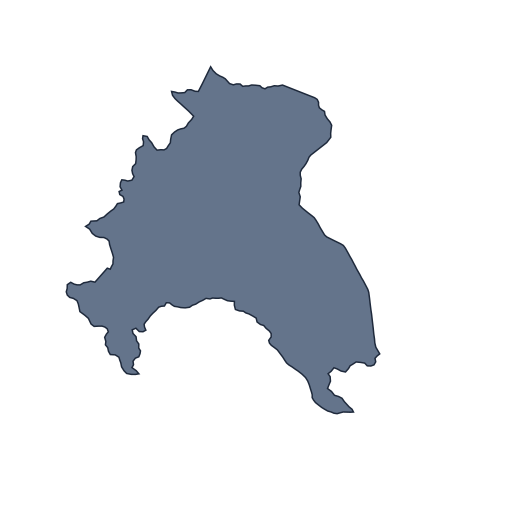 the district of Barrolândia, Tocantins, Brazil, rotated 300°
{"feature_id": "56859067B29038650995578", "entity_name": "Barrolândia", "entity_type": "district", "adm_level": 2, "iso_a3": "BRA", "parent_name": "Brazil", "parent_adm1": "Tocantins", "projection": "mercator", "projection_center": [-48.818, -9.896], "detail": "fine", "context": "isolated", "style": "filled", "palette": "slate", "viewbox_px": 512, "rotation_deg": 300, "n_neighbors": 0, "source": "geoboundaries", "source_scale": "gbopen_adm2", "svg_char_len": 4481}
<svg xmlns="http://www.w3.org/2000/svg" viewBox="0 0 512 512"><g transform="rotate(300 256 256)"><path d="M233.1,412.1L236.9,405.4L240.2,402.3L243.4,400.1L247.2,397.1L252.2,393.5L258.5,388.8L263.5,385.1L266.6,382.6L272.7,378.0L276.1,375.5L280.9,371.8L283.0,369.5L285.6,365.4L288.0,361.6L289.8,358.3L291.7,355.4L294.9,349.9L296.7,347.2L298.8,343.8L300.8,340.7L302.6,337.5L304.3,334.8L307.5,329.4L308.8,326.4L308.9,323.3L308.6,319.1L308.4,316.3L308.1,311.3L307.9,307.7L308.5,304.9L310.3,301.6L312.8,297.1L314.8,294.0L317.0,290.0L318.3,287.2L318.8,284.3L319.4,279.7L320.0,275.9L320.6,272.2L321.9,267.7L329.4,264.7L332.5,261.3L335.5,260.6L338.7,260.0L341.7,258.2L345.4,256.5L348.1,253.9L350.7,252.4L354.2,252.2L357.5,252.8L360.9,253.1L364.8,253.0L368.0,252.5L370.9,253.0L389.5,260.5L396.2,261.4L399.6,259.3L402.8,257.9L407.0,256.2L409.1,253.0L410.5,249.1L412.6,245.3L415.5,243.0L415.5,240.2L416.0,236.8L417.8,234.8L420.4,233.3L422.2,230.7L422.4,227.8L417.3,193.5L414.2,190.1L412.6,186.7L409.9,184.2L408.1,181.7L405.3,180.2L404.7,177.1L405.4,174.2L403.8,170.5L401.9,166.7L399.6,164.6L398.1,162.0L396.3,159.7L397.0,156.2L395.2,153.0L392.9,150.8L392.1,146.9L393.2,143.5L394.1,140.8L394.2,137.9L393.8,134.5L393.9,130.4L395.1,126.0L397.2,122.1L378.1,123.4L369.7,123.8L368.2,120.9L367.5,116.6L365.6,113.5L361.9,112.6L359.8,109.6L358.2,107.0L357.5,104.0L356.3,100.6L353.4,103.4L351.8,107.2L350.9,110.8L350.3,113.8L349.3,118.3L347.9,124.9L345.9,132.1L342.1,132.0L337.4,130.9L333.5,130.9L330.7,129.8L328.6,127.4L326.1,125.2L322.7,123.5L318.7,122.3L314.3,123.8L311.2,125.2L307.8,124.9L304.4,124.8L301.9,123.3L300.5,120.5L298.2,117.4L299.5,113.2L302.0,108.9L303.2,105.2L305.1,102.0L303.7,98.0L300.9,99.1L298.7,101.5L295.2,103.1L291.3,100.8L288.1,99.4L285.3,99.9L282.1,102.6L279.3,104.1L275.8,105.6L271.8,104.5L268.2,105.7L265.6,108.0L263.8,110.7L259.6,110.6L256.8,107.5L256.1,104.6L254.9,101.7L251.6,102.0L248.0,103.7L246.0,107.0L243.4,105.2L241.1,107.3L241.1,111.0L239.3,113.3L236.6,114.4L234.2,112.2L232.1,109.8L229.0,109.7L225.6,109.3L222.4,107.8L217.9,106.1L213.7,104.8L210.4,102.0L206.9,100.6L205.2,98.0L203.6,95.6L200.2,95.6L196.4,93.6L196.1,98.5L193.7,102.9L193.1,107.2L194.0,111.4L196.0,115.1L196.2,118.6L195.4,121.4L192.8,123.4L190.1,126.3L186.6,130.2L183.6,133.3L180.3,134.6L177.6,136.1L174.6,136.1L171.7,136.4L171.1,133.3L152.8,129.6L151.6,125.5L149.0,123.0L146.7,120.2L143.1,118.2L141.6,115.6L140.7,112.6L140.6,108.7L136.8,106.9L133.5,108.7L130.1,109.6L127.8,112.1L127.0,115.4L128.0,119.1L127.8,123.3L125.7,126.0L123.2,128.3L119.8,131.3L119.1,137.4L118.2,142.0L116.2,144.9L114.6,147.2L114.1,151.0L116.4,154.5L118.3,157.7L118.9,160.5L118.6,163.5L116.5,166.0L113.5,165.5L109.9,165.6L106.9,168.7L103.8,170.0L102.5,173.4L99.7,175.9L97.8,179.1L100.0,183.5L99.8,187.9L97.7,190.1L95.9,192.3L92.8,195.0L90.6,199.1L89.6,202.7L91.1,207.1L93.1,210.7L95.4,213.5L96.8,209.6L97.3,204.4L100.6,204.3L103.4,202.1L107.2,202.6L110.1,204.9L113.4,204.4L116.1,203.4L117.6,200.5L121.2,198.5L122.8,195.0L126.1,192.5L127.4,188.2L130.2,185.7L133.4,188.1L132.2,192.7L133.9,196.0L136.7,197.7L138.7,195.0L141.0,193.2L144.0,193.4L147.2,194.1L151.2,194.4L154.9,195.3L158.7,196.5L163.0,197.3L165.1,199.1L166.9,201.7L170.7,201.7L172.2,204.6L171.7,207.7L171.6,210.5L172.8,213.5L173.7,216.6L175.7,220.6L178.4,224.1L181.5,225.5L184.2,227.9L187.9,229.8L191.1,232.1L194.3,233.9L195.8,237.6L197.9,239.4L199.2,242.1L200.6,244.6L202.4,247.0L202.6,249.9L203.0,253.6L204.3,256.8L205.9,260.0L202.6,261.8L199.4,264.9L200.2,269.2L201.9,272.7L201.6,275.6L202.3,278.8L202.4,283.4L202.3,287.2L199.4,289.9L198.9,294.1L199.7,297.4L198.4,300.9L197.7,305.1L196.4,307.9L193.5,309.6L189.3,309.2L187.3,311.2L186.3,313.9L186.0,316.8L185.4,321.4L183.8,325.1L181.8,329.8L180.1,333.0L178.7,335.9L178.1,338.9L178.0,342.8L177.6,346.6L177.4,349.9L176.7,354.9L175.5,359.7L173.6,363.3L171.0,366.6L167.9,369.9L166.0,372.0L163.9,374.1L161.4,375.5L160.0,377.9L158.8,380.8L158.2,384.8L157.7,388.5L157.6,391.7L157.6,395.6L158.5,399.2L158.8,402.0L160.0,405.1L162.2,407.2L164.5,409.5L166.4,413.0L167.9,415.8L169.6,418.4L171.3,415.8L171.9,412.0L173.1,408.3L174.0,405.4L175.8,401.6L175.6,397.7L174.6,393.6L176.4,389.2L177.0,384.2L180.9,383.6L184.8,383.1L188.6,380.5L190.1,377.3L193.7,378.7L198.2,379.4L198.8,382.8L198.9,387.2L200.3,391.5L204.7,392.4L208.1,392.4L210.5,393.8L214.3,395.7L216.2,399.9L217.6,403.7L216.5,407.3L218.2,410.5L220.7,412.6L224.2,412.6L226.9,410.2L230.1,410.9L233.1,412.1Z" fill="#64748b" stroke="#1e293b" stroke-width="1.5"/></g></svg>